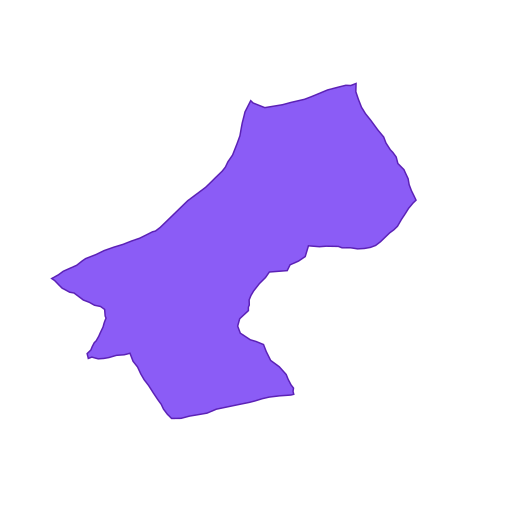 Etsako West, Edo, Nigeria, rotated 46°
{"feature_id": "59680162B35912483761792", "entity_name": "Etsako West", "entity_type": "district", "adm_level": 2, "iso_a3": "NGA", "parent_name": "Nigeria", "parent_adm1": "Edo", "projection": "natural_earth1", "projection_center": [6.315, 7.0], "detail": "fine", "context": "isolated", "style": "filled", "palette": "violet", "viewbox_px": 512, "rotation_deg": 46, "n_neighbors": 0, "source": "geoboundaries", "source_scale": "gbopen_adm2", "svg_char_len": 2412}
<svg xmlns="http://www.w3.org/2000/svg" viewBox="0 0 512 512"><g transform="rotate(46 256 256)"><path d="M196.5,407.0L198.0,410.4L199.4,413.0L199.8,413.6L200.9,415.5L203.1,421.4L204.5,424.8L206.0,429.9L206.0,432.5L207.4,436.7L208.9,440.1L208.9,445.3L211.9,447.0L213.2,447.8L214.7,444.3L217.8,442.5L220.4,440.9L224.0,436.6L226.9,432.3L230.5,425.4L235.5,419.4L237.0,416.8L238.4,414.2L246.4,417.6L246.5,417.6L253.6,418.3L260.8,420.8L267.3,422.4L274.5,423.2L282.4,424.8L282.8,424.9L291.1,426.4L296.9,427.2L298.9,427.9L301.9,428.9L308.4,429.7L310.6,429.6L314.2,429.6L320.7,422.7L325.0,415.0L328.6,409.8L335.0,400.4L338.6,391.0L345.1,380.7L351.6,370.4L356.6,362.6L359.5,357.5L363.0,350.6L366.6,344.6L373.1,336.0L377.4,330.9L380.3,327.4L381.7,324.9L379.1,323.4L377.1,320.8L372.9,320.3L366.9,318.5L362.2,316.6L351.9,316.2L341.3,318.0L331.8,315.0L324.9,312.1L317.4,315.4L312.3,318.3L300.6,320.9L293.7,317.9L289.8,311.3L290.0,299.4L287.5,297.0L286.6,294.9L282.8,291.4L280.9,287.1L279.5,282.0L278.2,272.7L278.1,264.2L276.8,257.5L288.2,243.7L286.0,237.6L289.2,228.9L290.6,221.0L285.1,211.2L293.4,203.9L297.7,198.7L298.1,198.3L302.0,194.4L306.3,190.1L309.9,188.4L315.7,182.3L318.2,180.4L321.4,178.0L325.8,172.9L329.3,167.7L331.5,162.6L332.2,156.6L332.2,148.1L332.2,143.8L332.9,138.7L332.9,136.4L332.9,134.5L332.9,133.6L330.7,125.9L329.2,119.1L327.7,113.1L327.0,106.3L327.0,102.1L321.9,100.4L316.9,98.8L311.1,96.3L306.1,92.9L299.1,90.5L296.7,89.6L288.0,89.7L282.2,86.4L276.5,85.6L272.9,85.6L264.9,84.0L259.1,81.5L249.8,80.8L244.0,80.0L238.2,79.2L229.6,78.4L228.3,78.1L227.3,77.9L226.1,77.6L222.3,76.8L214.4,73.5L207.2,70.1L201.4,64.2L199.2,69.4L195.6,72.8L192.1,78.8L186.3,89.1L179.9,105.4L177.0,112.2L169.8,124.2L167.5,128.4L165.5,132.0L155.4,146.6L143.9,151.8L140.6,151.9L144.7,163.8L146.8,167.1L150.5,173.1L150.9,173.7L154.1,178.2L158.4,184.1L162.1,191.7L167.1,202.7L168.5,209.6L168.6,210.4L170.8,216.3L171.5,221.4L171.5,231.1L171.6,235.9L171.6,244.5L168.8,266.7L168.9,305.0L168.2,311.0L166.7,313.6L164.6,320.4L162.4,327.3L158.9,334.8L158.8,335.0L157.7,337.7L157.6,337.9L155.3,343.5L150.9,352.1L146.6,361.5L143.8,370.1L139.5,380.4L138.8,384.6L138.1,391.5L135.9,397.5L133.1,405.2L132.3,411.1L130.3,418.6L133.8,417.9L140.3,417.9L144.6,417.8L146.8,417.0L152.6,415.2L156.2,412.6L167.7,410.8L173.5,408.1L179.2,406.4L184.3,402.9L189.3,402.0L194.4,406.2L196.5,407.0Z" fill="#8b5cf6" stroke="#5b21b6" stroke-width="1.5"/></g></svg>